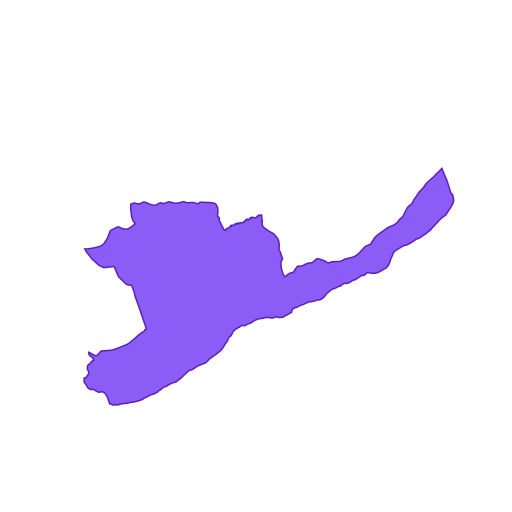 the district of Bongandanga, Équateur, Democratic Republic of the Congo, rotated 159°
{"feature_id": "63176286B86504731111535", "entity_name": "Bongandanga", "entity_type": "district", "adm_level": 2, "iso_a3": "COD", "parent_name": "Democratic Republic of the Congo", "parent_adm1": "Équateur", "projection": "mercator", "projection_center": [20.934, 1.471], "detail": "fine", "context": "isolated", "style": "filled", "palette": "violet", "viewbox_px": 512, "rotation_deg": 159, "n_neighbors": 0, "source": "geoboundaries", "source_scale": "gbopen_adm2", "svg_char_len": 6108}
<svg xmlns="http://www.w3.org/2000/svg" viewBox="0 0 512 512"><g transform="rotate(159 256 256)"><path d="M236.1,292.1L236.3,292.5L238.1,292.5L238.5,293.1L238.9,293.2L239.4,292.7L240.8,292.7L241.5,292.0L242.7,291.9L243.9,292.2L244.8,293.1L245.2,293.1L246.0,293.7L246.3,293.7L246.9,293.1L247.5,293.2L247.5,293.7L247.8,293.7L248.2,293.1L248.8,292.7L249.3,292.7L249.9,292.9L250.1,292.6L250.4,292.6L250.5,292.9L250.2,293.1L250.7,293.5L251.3,293.2L251.8,293.3L252.0,293.6L252.7,293.5L253.1,292.7L253.6,292.5L254.1,292.6L254.8,292.3L255.2,292.5L256.2,291.7L258.6,292.6L259.4,292.6L259.8,292.2L260.0,292.3L260.6,292.6L260.7,293.1L261.2,292.9L261.4,293.1L261.8,292.7L263.3,292.9L263.0,293.5L263.5,293.6L264.1,293.3L264.4,292.9L264.8,292.7L265.4,292.6L265.8,292.9L266.8,293.0L267.2,293.4L268.1,293.4L268.2,293.1L268.4,292.8L268.9,293.3L269.4,292.5L270.6,292.5L271.7,292.0L272.8,292.0L273.5,292.2L274.4,291.5L274.8,291.5L275.1,290.9L275.5,291.1L276.6,292.4L277.5,302.4L276.6,305.0L277.6,307.3L275.8,310.7L274.7,313.9L274.5,314.9L274.6,317.4L274.7,318.1L275.4,319.5L276.2,320.2L277.4,321.1L280.5,322.7L289.0,326.3L291.1,325.3L294.8,328.0L296.6,329.0L301.3,330.3L304.0,332.7L309.8,333.4L312.3,334.0L317.6,337.7L319.4,337.9L323.6,338.0L324.6,338.7L325.6,339.7L326.5,340.0L331.1,339.5L332.4,339.6L334.6,340.8L337.9,343.5L338.8,344.8L341.3,346.6L342.1,346.7L345.4,346.4L347.0,346.7L348.0,347.3L350.6,349.1L354.2,349.3L356.0,345.4L357.9,337.6L358.2,334.4L358.0,331.8L357.2,329.7L357.4,329.2L363.6,327.5L365.9,327.2L367.8,327.7L370.4,328.9L373.2,331.8L374.4,332.8L382.9,331.9L388.7,325.5L393.8,321.9L395.9,321.1L398.3,321.0L401.3,321.2L404.7,321.7L411.3,323.1L413.2,324.0L412.8,320.4L411.3,315.8L410.7,313.4L409.7,310.8L408.5,309.1L408.3,308.0L407.5,306.7L406.7,305.0L405.6,303.2L402.2,299.6L392.2,297.1L391.8,285.9L389.1,280.3L388.1,277.7L387.2,276.3L386.3,275.2L385.4,274.5L383.2,273.8L382.8,273.4L382.6,272.4L382.6,271.0L382.7,265.5L383.3,262.3L383.7,245.4L384.0,239.3L384.4,227.2L386.3,226.9L386.7,226.1L387.2,225.9L390.0,225.5L390.2,225.3L393.5,224.5L399.5,222.2L406.5,219.9L409.1,219.6L415.9,219.5L422.2,219.6L424.8,219.9L434.0,222.6L435.2,222.6L437.9,221.0L440.5,220.1L441.8,220.7L446.6,226.0L447.2,224.4L446.8,222.0L445.3,220.5L444.9,218.4L444.8,216.8L446.0,216.8L447.7,216.3L448.7,215.4L449.4,215.0L451.1,214.8L451.8,214.4L452.7,213.7L453.9,211.3L454.0,210.5L453.7,207.9L454.5,205.8L455.9,205.2L457.3,204.0L458.5,203.4L459.3,203.4L460.1,203.7L461.5,200.6L461.3,198.3L460.7,196.7L460.4,193.8L459.5,192.0L457.9,190.3L456.4,190.2L455.7,189.7L451.7,185.1L447.9,184.3L447.0,183.1L446.1,181.7L445.3,177.4L445.6,170.3L444.3,169.7L443.3,168.4L442.7,168.0L441.1,168.0L440.7,167.7L440.8,167.5L438.4,166.5L435.6,166.3L434.4,166.0L431.5,165.6L431.4,165.4L428.7,164.5L425.5,164.4L425.2,164.1L422.9,163.6L419.0,163.0L418.3,163.1L416.8,162.8L415.3,162.7L413.3,163.0L413.2,162.8L411.9,163.3L405.2,163.8L403.8,164.2L403.0,164.0L400.7,163.8L396.9,164.2L395.4,164.9L392.6,165.4L390.6,166.3L388.3,166.7L386.6,166.4L385.2,166.7L384.9,167.0L383.2,167.0L380.5,167.5L375.8,167.1L371.4,168.4L371.8,168.6L371.7,168.8L369.8,168.9L359.7,173.1L357.3,172.8L355.4,172.9L351.4,173.9L349.2,174.2L343.4,174.3L342.0,174.2L340.1,174.8L337.7,175.8L337.2,176.3L329.8,178.3L328.6,178.4L327.1,179.1L325.9,179.3L324.2,180.0L322.5,180.5L318.8,182.9L316.8,184.6L312.7,187.1L312.4,188.2L311.2,188.9L310.0,189.9L309.2,190.3L308.2,190.3L307.7,190.6L304.2,193.9L300.4,195.1L298.7,195.4L297.0,195.4L295.5,196.1L293.7,196.1L291.7,195.0L290.1,195.0L289.4,195.2L288.1,195.4L283.6,195.4L282.2,196.0L280.2,196.3L276.0,196.4L274.2,195.9L273.0,195.8L271.7,195.2L269.6,195.3L268.3,194.7L266.7,194.3L265.6,193.5L264.4,193.3L264.0,192.6L263.4,192.4L262.3,192.2L262.2,192.0L261.3,192.0L259.3,192.3L259.2,192.1L256.4,190.2L252.8,189.2L251.2,189.5L250.8,189.7L249.1,189.8L243.5,190.6L243.4,190.9L242.8,191.0L241.1,193.4L238.9,193.5L237.8,194.0L236.8,193.5L235.1,193.6L231.4,194.1L229.6,193.8L223.5,194.2L222.9,194.2L221.8,193.7L217.3,193.0L214.9,193.1L212.1,192.2L210.0,192.4L207.6,193.1L202.7,196.0L201.7,196.1L197.8,197.6L192.5,197.6L190.1,198.0L187.8,197.7L186.8,197.9L185.5,198.6L183.0,198.8L182.6,198.5L181.3,197.9L179.5,197.7L176.9,197.9L174.5,198.6L171.4,198.3L170.5,198.7L167.9,199.1L165.2,199.8L163.7,199.7L162.1,199.2L157.9,200.6L153.7,198.2L150.7,197.1L147.2,196.9L143.1,197.5L141.5,197.9L139.2,198.1L138.2,198.4L136.3,199.5L134.2,201.3L131.5,204.6L127.6,208.5L127.3,209.4L124.6,210.9L118.2,212.1L116.1,212.6L113.6,212.7L112.1,212.3L109.8,212.3L103.8,213.4L99.6,214.5L99.2,214.1L97.8,214.2L95.6,214.5L89.0,216.1L88.0,216.5L84.6,217.5L84.1,217.4L83.1,218.2L78.5,220.6L77.9,220.6L77.2,221.2L73.7,222.7L72.7,223.6L69.1,224.8L69.0,225.1L64.3,226.2L63.5,227.0L62.3,227.5L61.2,228.5L59.8,229.4L57.9,230.9L57.3,231.1L54.8,233.3L53.3,234.5L52.5,235.7L52.5,235.9L51.4,237.0L50.5,242.7L51.0,244.0L50.9,244.2L51.5,244.8L50.7,257.5L51.1,271.2L55.1,269.2L58.2,268.1L61.6,266.3L65.6,264.9L67.4,264.1L70.2,263.1L71.6,262.4L75.0,260.0L79.1,258.0L80.3,257.6L86.4,253.2L88.6,251.9L90.1,250.3L91.8,249.0L94.8,248.0L96.6,247.3L97.4,246.8L101.1,243.7L104.6,240.3L109.5,238.4L110.8,237.4L112.8,236.3L117.0,235.5L122.6,235.4L134.5,232.2L137.1,231.3L139.5,230.0L142.8,227.4L144.6,226.3L145.4,226.0L149.9,225.8L150.9,225.6L158.6,221.8L162.1,220.6L163.5,220.3L165.9,220.2L173.5,221.2L174.9,221.2L178.5,220.7L179.4,220.8L187.0,223.4L188.2,223.5L190.6,223.5L191.5,224.1L192.3,225.0L193.8,227.1L198.0,230.5L199.7,231.5L200.3,231.6L201.8,231.2L204.4,230.1L206.1,229.6L207.9,230.2L210.7,230.7L213.2,230.6L214.8,230.3L217.7,230.4L218.5,230.6L220.1,231.5L220.6,231.5L221.0,231.5L224.4,229.4L226.6,227.5L230.7,227.8L233.1,227.3L235.4,226.4L235.9,226.3L236.2,226.4L236.6,226.9L236.9,227.9L237.1,229.0L237.1,232.1L236.7,235.4L236.2,237.7L234.9,241.3L234.2,242.1L232.4,243.6L232.2,244.0L231.9,250.8L232.3,254.0L231.7,254.8L231.6,255.4L230.9,256.5L230.1,258.8L229.5,261.4L229.4,262.8L229.5,264.4L229.9,265.9L231.1,269.4L232.7,271.9L234.5,273.8L237.2,277.7L238.3,279.6L239.0,281.3L239.1,282.9L238.9,283.6L237.5,286.5L237.3,288.1L236.1,292.1Z" fill="#8b5cf6" stroke="#5b21b6" stroke-width="1.5"/></g></svg>